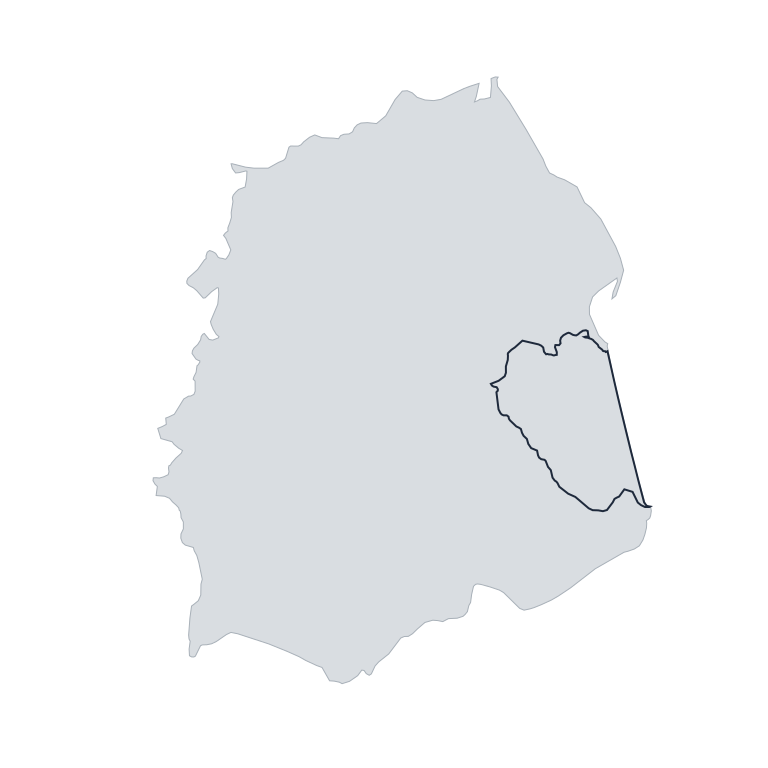 Poland, with Warmian-Masurian highlighted, rotated 74°
{"feature_id": "POL-3139", "entity_name": "Warmian-Masurian", "entity_type": "Voivodeship", "adm_level": 1, "iso_a3": "POL", "parent_name": "Poland", "parent_adm1": "", "projection": "albers", "projection_center": [20.397, 53.764], "detail": "fine", "context": "in_parent", "style": "outline", "palette": "slate", "viewbox_px": 768, "rotation_deg": 74, "n_neighbors": 0, "source": "natural_earth", "source_scale": "10m", "svg_char_len": 5531}
<svg xmlns="http://www.w3.org/2000/svg" viewBox="0 0 768 768"><g transform="rotate(74 384 384)"><path d="M628.6,419.3L631.9,425.4L633.3,430.2L632.3,434.1L632.8,437.9L644.8,453.9L649.7,465.7L652.6,470.3L659.2,476.1L659.9,478.5L657.5,480.9L653.9,482.1L652.9,484.2L657.1,489.7L660.3,499.1L660.5,506.9L658.4,509.0L655.9,513.7L654.3,518.1L639.4,521.7L636.0,526.4L628.1,535.5L622.7,540.8L614.8,550.2L602.1,566.4L583.8,593.4L580.6,599.6L581.4,604.5L585.3,616.1L586.2,621.3L585.8,626.2L584.7,630.6L585.0,632.5L593.6,640.3L594.0,642.0L593.3,644.2L591.6,645.9L585.1,644.4L577.8,641.2L575.4,641.7L571.5,641.0L555.3,635.0L544.4,630.2L543.2,627.0L541.1,622.2L536.4,618.3L525.9,615.1L521.6,612.5L504.5,611.2L497.2,611.2L491.9,612.4L488.6,612.3L484.1,619.4L480.9,621.5L476.2,621.8L472.2,620.5L468.0,616.8L461.3,614.9L456.5,615.9L453.0,615.1L450.0,614.9L448.9,615.6L446.4,615.5L442.9,617.3L439.0,619.8L434.7,621.7L431.4,625.8L428.4,633.8L420.0,630.1L417.2,631.7L413.3,632.7L410.6,631.6L411.3,628.8L412.5,625.7L412.5,621.3L411.7,616.5L409.2,614.9L405.3,614.3L403.3,613.3L403.1,611.7L401.2,609.7L397.8,604.4L394.7,598.0L392.4,596.0L389.2,599.0L384.2,602.4L381.1,603.6L375.0,613.5L364.3,613.7L363.8,609.0L362.8,604.4L356.6,603.2L356.4,600.5L355.3,593.9L343.2,580.6L341.8,575.2L342.3,573.1L341.6,569.6L338.9,567.5L329.2,564.8L326.7,566.1L324.5,564.6L321.0,561.4L314.9,558.7L314.3,557.3L312.2,555.0L310.9,554.7L310.1,556.0L308.2,557.9L301.8,560.1L299.3,559.0L297.1,556.8L294.7,552.2L291.0,548.1L287.9,546.6L286.2,544.4L285.9,542.8L293.0,539.8L294.6,536.5L294.0,530.4L292.9,529.6L290.1,531.5L284.3,533.1L278.9,533.7L276.2,533.6L261.5,521.8L251.8,518.0L246.1,516.7L245.4,517.8L247.7,524.2L251.9,532.1L251.6,534.1L242.8,538.2L239.0,540.7L235.7,544.2L233.0,545.7L230.7,545.2L228.3,543.3L222.6,531.6L215.2,522.4L214.4,520.4L211.9,519.8L208.6,517.6L207.6,514.9L209.5,512.2L212.0,509.8L216.4,508.5L217.7,507.1L218.6,504.9L220.4,502.1L220.0,501.0L217.2,497.6L212.9,494.3L200.4,495.9L196.9,497.3L195.2,495.0L193.9,491.8L190.8,491.0L186.7,487.9L181.9,484.8L177.0,483.6L167.0,478.9L163.1,478.4L160.9,476.8L158.7,473.6L156.9,470.1L156.4,463.2L149.1,459.6L141.7,457.1L141.1,458.1L140.9,464.9L140.2,468.5L135.1,470.4L130.2,470.3L130.5,469.1L137.4,457.3L140.6,449.7L144.6,435.8L141.9,424.3L141.3,419.0L139.9,416.4L130.2,410.1L129.5,408.2L131.7,400.9L131.2,397.8L129.0,394.3L126.3,387.5L125.5,381.9L130.1,375.7L133.8,364.6L135.7,360.1L133.3,357.3L132.9,353.7L134.0,348.6L132.9,344.7L129.6,341.9L127.5,338.4L126.8,334.2L128.2,327.9L131.6,319.4L126.7,308.4L113.6,294.9L107.5,285.7L108.5,280.8L111.9,276.6L117.6,273.1L122.3,266.3L125.3,258.1L126.1,250.6L122.0,225.5L121.5,219.3L121.2,209.7L133.0,216.0L137.8,219.3L137.5,216.0L136.7,213.1L137.7,209.0L137.9,202.7L127.1,198.6L119.9,196.9L119.5,192.4L120.5,189.7L122.3,191.5L129.4,192.8L147.6,185.8L178.7,177.2L211.6,169.1L219.2,168.4L226.8,166.7L229.9,163.1L232.8,160.6L237.5,154.1L247.8,144.1L265.0,141.2L271.6,136.5L285.2,130.1L315.7,123.4L328.4,122.1L340.7,122.3L351.5,128.8L363.0,136.8L365.0,141.4L358.8,138.4L349.7,131.3L346.3,130.9L353.7,152.0L357.8,159.5L366.4,165.3L373.7,167.3L396.4,164.3L404.5,160.0L406.9,157.8L409.0,159.0L438.5,161.5L541.6,165.9L571.2,165.9L573.0,165.2L575.9,161.6L579.6,162.0L584.0,164.0L586.1,165.5L587.0,167.3L587.7,169.5L590.1,169.8L594.5,171.3L600.5,174.7L605.3,178.1L609.9,183.1L611.6,188.8L612.0,195.4L611.9,199.7L619.8,231.8L631.4,260.9L635.9,275.0L637.8,282.6L639.5,293.6L640.3,301.3L640.4,305.7L640.0,311.7L637.1,315.4L617.5,326.5L613.9,329.9L608.3,338.0L603.2,346.4L602.0,349.2L601.8,351.1L603.1,353.7L610.5,357.8L617.9,361.0L620.3,363.5L625.8,366.6L627.9,369.6L629.1,372.1L629.3,378.2L627.3,386.7L628.6,393.0L626.3,397.4L624.5,402.2L624.5,410.4L628.6,419.3Z" fill="#d9dde1" stroke="#a8b0b8" stroke-width="1"/><path d="M573.0,165.3L574.0,164.4L575.2,161.9L575.4,162.6L574.2,167.0L571.3,170.3L567.9,172.7L556.2,174.8L551.5,182.0L557.0,189.0L557.4,191.7L558.0,194.1L560.8,196.7L566.6,204.4L566.6,208.6L564.5,212.9L562.8,218.2L559.9,221.5L545.3,231.2L540.2,237.2L531.1,243.8L527.1,244.5L525.4,245.2L523.9,246.5L520.5,247.8L512.8,247.4L508.9,249.2L502.5,249.8L501.1,250.6L499.6,253.6L497.5,255.2L495.0,255.6L490.2,255.2L486.2,260.2L481.4,261.8L476.2,261.8L472.3,264.1L468.9,264.8L465.0,264.8L463.1,266.4L461.3,268.5L453.7,272.9L451.8,273.5L449.7,273.3L448.0,274.6L447.1,277.7L445.7,279.3L444.0,280.1L440.0,280.9L422.9,278.2L422.4,277.6L422.1,276.8L421.2,276.2L420.3,276.0L418.1,276.6L416.7,279.4L415.2,280.7L413.3,281.2L412.5,272.9L409.8,265.8L406.8,263.7L400.7,262.0L395.0,258.4L390.9,257.0L389.9,256.9L388.6,256.4L387.8,255.1L386.2,252.0L384.9,248.1L380.5,239.0L388.6,224.4L390.5,222.3L392.8,220.9L397.1,221.3L400.1,220.0L400.2,218.5L400.9,217.6L401.8,215.0L402.7,214.0L403.4,212.8L403.4,211.3L403.6,209.9L401.0,209.1L395.7,209.5L393.8,208.5L394.9,205.0L393.6,203.1L390.8,202.7L388.3,201.1L386.6,198.1L385.7,194.2L385.6,192.5L386.4,191.2L388.8,188.9L389.6,187.5L390.3,185.8L389.7,183.6L388.7,181.6L387.6,178.1L388.0,175.1L389.3,173.6L394.0,174.3L395.2,174.2L395.2,174.8L394.7,175.3L394.3,176.1L394.1,177.2L394.0,178.5L394.7,177.8L395.7,175.4L396.1,174.8L396.4,174.5L397.8,172.4L399.1,171.1L399.8,170.7L400.5,170.5L404.6,168.0L405.5,167.6L407.6,167.4L411.0,164.9L411.7,164.6L412.4,164.5L412.9,164.0L413.2,163.1L413.6,162.2L414.4,162.0L414.4,161.6L414.2,160.6L414.1,160.2L414.7,160.3L414.9,160.2L425.8,160.8L446.1,162.0L461.3,162.8L476.4,163.5L495.2,164.3L518.0,165.2L532.6,165.6L547.3,166.1L559.6,166.4L569.5,166.6L573.0,165.3Z" fill="none" stroke="#1e293b" stroke-width="2"/></g></svg>